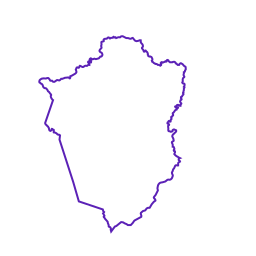 the district of Palocabildo, Tolima, Colombia, rotated 159°
{"feature_id": "7082276B76880403363751", "entity_name": "Palocabildo", "entity_type": "district", "adm_level": 2, "iso_a3": "COL", "parent_name": "Colombia", "parent_adm1": "Tolima", "projection": "albers", "projection_center": [-75.008, 5.096], "detail": "fine", "context": "isolated", "style": "outline", "palette": "violet", "viewbox_px": 256, "rotation_deg": 159, "n_neighbors": 0, "source": "geoboundaries", "source_scale": "gbopen_adm2", "svg_char_len": 5770}
<svg xmlns="http://www.w3.org/2000/svg" viewBox="0 0 256 256"><g transform="rotate(159 128 128)"><path d="M87.2,205.7L88.9,206.0L89.7,206.6L90.2,207.2L91.3,210.4L92.1,210.5L93.0,210.3L94.0,210.5L95.8,212.0L96.8,212.3L97.5,212.7L99.9,215.4L100.6,215.8L101.7,216.0L102.8,215.5L103.3,215.6L103.8,216.0L104.7,216.2L106.9,216.2L107.2,217.2L108.5,217.4L108.6,218.1L108.7,218.3L109.1,218.3L110.1,217.8L110.7,217.9L111.7,218.3L112.7,218.0L113.0,218.2L113.4,219.3L113.9,219.6L114.5,219.6L115.8,219.0L117.9,219.6L118.6,219.5L119.1,219.2L119.4,217.9L119.7,217.7L121.7,217.9L122.1,217.7L122.9,215.2L123.7,214.2L123.8,212.9L124.0,212.3L126.1,211.2L126.8,210.6L127.0,210.1L126.9,209.4L126.6,208.7L125.8,207.9L125.5,207.2L125.5,206.5L125.6,205.6L126.0,205.0L126.9,204.4L127.3,204.3L128.2,204.6L130.3,203.5L133.3,203.8L134.6,204.8L136.5,204.8L137.6,206.2L137.9,206.4L138.4,206.3L138.9,206.1L139.2,205.8L139.0,205.2L138.4,204.6L138.6,203.2L139.0,202.5L139.3,202.4L139.7,202.6L140.2,203.9L140.6,204.3L140.9,204.4L141.7,203.9L141.7,203.4L141.3,202.0L141.3,200.9L141.4,200.7L142.2,201.2L144.1,200.7L145.1,201.3L145.6,201.4L146.5,201.4L147.6,201.0L148.3,201.1L148.7,201.3L150.2,203.0L150.6,203.3L151.2,203.0L151.9,202.1L152.3,201.9L152.7,202.0L153.6,202.8L154.3,202.8L155.1,201.9L155.8,201.3L155.9,199.3L156.3,198.4L157.1,197.9L158.0,197.6L161.7,197.0L163.3,197.0L163.9,195.6L164.4,195.2L164.8,195.3L165.1,196.1L165.6,196.6L169.0,197.5L170.1,197.4L170.7,197.5L171.6,197.4L172.7,197.9L174.2,197.2L174.9,197.0L175.4,197.2L176.8,198.1L177.3,198.2L180.0,197.5L180.6,197.6L181.5,198.2L182.0,199.4L183.2,199.8L183.6,200.1L183.8,201.5L184.4,203.1L185.5,203.6L186.9,203.6L189.0,204.6L189.9,204.7L190.4,205.0L192.1,204.8L193.2,204.4L194.0,203.5L194.3,202.8L194.3,202.2L193.7,201.5L193.5,200.8L192.7,200.0L192.3,198.8L192.4,197.0L192.3,196.3L191.7,195.2L190.5,194.6L190.1,194.0L189.6,192.4L189.5,191.0L188.7,189.7L188.4,188.2L187.9,187.0L187.9,186.3L188.7,185.5L188.9,184.5L188.8,182.9L188.3,181.3L188.0,180.9L203.6,162.3L203.6,160.8L203.0,159.9L202.7,158.9L202.1,157.9L202.1,157.0L201.9,156.5L202.2,154.6L202.1,153.8L201.5,153.1L200.7,153.2L200.2,153.4L199.6,154.4L199.4,154.5L199.1,154.3L199.0,153.5L198.2,153.2L198.0,152.9L198.3,151.8L198.9,150.8L198.9,150.5L197.9,150.0L196.7,148.7L196.1,147.3L195.7,147.0L195.5,146.7L194.7,146.4L194.1,145.5L196.1,141.7L198.5,97.2L200.2,77.1L180.7,61.0L180.9,59.0L180.4,58.1L180.7,57.8L181.9,57.2L181.4,54.6L181.6,54.3L182.4,54.0L182.5,53.5L182.2,53.0L182.0,51.6L180.6,47.8L180.9,46.3L180.8,44.5L181.3,43.0L181.2,42.7L180.2,41.8L180.0,40.8L180.0,40.3L180.6,39.3L180.8,37.4L175.6,40.7L174.0,40.7L168.2,42.6L167.6,42.4L166.2,41.5L165.4,40.3L163.8,38.8L162.9,37.4L160.2,36.4L157.5,37.7L155.8,38.9L155.0,39.3L147.5,40.3L147.0,41.1L146.8,43.5L146.3,44.2L143.8,45.1L141.6,44.9L141.1,45.1L139.6,46.1L138.8,46.3L137.8,46.3L136.9,45.9L136.3,45.8L133.2,48.3L130.3,49.9L129.3,50.1L128.4,50.4L128.2,51.5L128.8,53.1L128.8,53.9L128.3,54.4L126.2,55.6L122.6,58.9L122.4,59.2L122.2,60.9L122.0,61.4L120.6,63.6L119.9,64.3L119.3,64.7L118.5,65.1L117.8,65.3L117.0,65.3L115.0,64.9L112.3,64.7L109.8,65.5L108.9,65.4L107.8,64.8L107.1,64.7L106.3,64.8L105.3,65.2L104.6,65.8L103.4,67.2L103.1,67.9L103.2,69.7L103.0,70.5L102.9,70.8L101.9,71.6L100.7,73.2L99.5,73.8L97.5,75.8L97.1,76.0L96.4,76.0L95.1,75.2L94.6,75.1L93.8,77.1L93.5,77.5L93.1,77.7L91.5,78.0L91.5,78.8L92.1,79.8L91.9,80.7L91.6,81.1L91.1,81.3L90.3,81.3L91.4,82.5L92.0,83.5L92.7,84.1L93.6,85.7L94.1,87.1L92.8,88.5L92.6,89.1L92.6,89.6L93.3,90.1L93.3,90.8L93.0,91.2L92.2,91.8L92.1,92.6L92.1,93.8L92.3,94.1L93.0,94.5L92.2,96.4L92.3,98.6L91.8,99.3L90.3,99.5L89.9,99.8L89.5,101.7L89.7,104.2L89.5,104.7L88.9,105.4L87.9,106.0L86.8,106.3L86.3,106.7L85.2,107.0L84.7,107.3L84.1,107.8L83.9,108.6L85.6,110.2L86.6,110.2L87.2,109.9L87.6,109.1L87.9,109.0L88.7,109.0L89.5,109.2L90.1,109.9L90.9,110.3L91.2,110.6L91.2,111.5L90.4,113.4L90.2,114.5L89.8,115.6L88.6,116.1L88.4,116.4L88.6,117.2L89.4,117.8L89.5,118.4L88.9,119.1L87.8,119.4L87.5,119.9L87.3,119.9L86.7,118.9L86.0,118.8L85.6,119.3L85.5,119.9L85.2,120.3L84.2,120.8L84.1,121.6L83.7,121.9L83.8,122.7L81.4,123.6L81.1,124.3L81.2,125.2L80.8,125.9L79.9,126.1L77.5,127.7L75.9,127.8L75.3,128.9L74.9,129.0L74.4,128.8L74.0,129.0L73.9,129.2L74.0,129.5L75.8,130.1L76.1,130.1L76.4,131.0L76.2,131.2L75.1,131.1L74.1,131.8L73.4,131.8L73.0,131.7L71.6,130.1L71.0,129.9L70.9,130.1L71.1,130.8L70.1,131.2L69.5,131.6L69.4,131.9L69.9,133.0L69.9,134.0L69.0,135.1L68.0,135.3L67.6,135.7L67.9,136.9L67.4,137.9L67.0,138.0L66.3,138.0L65.5,138.9L64.5,139.3L64.0,139.8L64.2,140.9L64.0,141.2L63.4,141.4L63.1,142.4L62.2,143.4L61.9,144.5L60.7,145.7L60.7,146.2L61.0,146.5L60.2,147.1L59.6,148.2L59.5,148.9L59.7,149.3L60.6,149.8L61.1,150.9L60.6,151.5L60.1,152.0L59.6,153.6L59.1,154.4L58.6,154.9L57.3,155.3L57.0,155.8L57.2,157.2L57.0,157.9L56.1,159.2L55.9,160.1L54.7,160.3L54.3,161.1L53.1,162.0L52.5,163.7L52.4,164.6L53.4,165.9L54.2,168.1L55.4,169.5L55.8,169.6L57.0,169.3L57.6,168.6L58.9,169.0L59.5,170.1L59.6,170.6L60.3,171.2L60.2,172.0L60.5,172.6L60.9,173.1L61.5,173.4L62.6,173.6L63.2,173.5L65.2,174.3L65.6,175.1L66.1,175.7L66.2,176.2L66.1,176.6L66.5,177.3L67.3,177.4L67.9,177.0L68.3,176.3L68.8,176.3L69.3,176.9L70.2,176.6L71.6,176.7L72.2,176.5L72.4,176.6L72.8,177.4L73.4,177.4L74.2,176.9L74.3,175.2L74.5,174.9L75.5,174.6L76.4,175.7L76.8,176.0L77.5,176.2L78.3,177.5L79.5,178.0L79.6,178.4L80.6,179.4L81.1,180.6L81.7,181.3L81.5,181.7L81.6,182.4L80.8,182.9L80.5,183.7L80.6,185.6L80.8,186.0L81.6,186.8L82.4,187.0L83.2,187.8L83.1,188.8L83.3,189.3L83.0,189.8L82.8,190.6L82.9,192.0L83.5,192.9L83.5,193.2L83.8,194.0L84.0,194.1L84.9,193.5L85.3,193.4L85.8,193.7L85.8,195.5L86.4,197.3L86.2,197.9L85.4,198.3L84.9,198.7L84.6,199.5L84.5,200.7L85.4,203.2L84.7,205.3L85.5,205.7L87.2,205.7Z" fill="none" stroke="#5b21b6" stroke-width="2"/></g></svg>